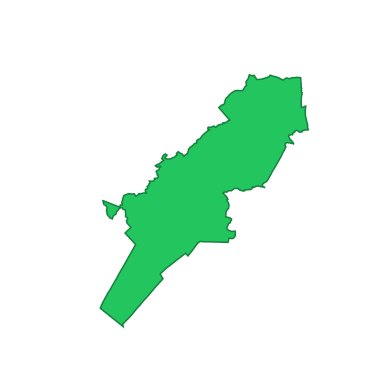 outline of Tamboesti, Vrancea, Romania, rotated 117°
{"feature_id": "2599482B45059786841433", "entity_name": "Tamboesti", "entity_type": "district", "adm_level": 2, "iso_a3": "ROU", "parent_name": "Romania", "parent_adm1": "Vrancea", "projection": "orthographic", "projection_center": [27.032, 45.517], "detail": "fine", "context": "isolated", "style": "filled", "palette": "green", "viewbox_px": 384, "rotation_deg": 117, "n_neighbors": 0, "source": "geoboundaries", "source_scale": "gbopen_adm2", "svg_char_len": 5999}
<svg xmlns="http://www.w3.org/2000/svg" viewBox="0 0 384 384"><g transform="rotate(117 192 192)"><path d="M343.2,192.2L341.3,193.8L339.8,193.2L339.1,193.1L331.3,190.6L328.1,189.8L319.2,187.9L316.9,187.1L310.5,185.7L302.9,183.6L294.4,181.7L283.1,178.6L282.4,178.5L279.5,183.2L270.3,179.8L267.7,178.3L265.9,177.6L259.5,174.7L249.5,169.9L250.7,166.9L250.8,166.6L250.7,166.5L248.5,166.1L244.7,165.3L235.0,163.7L232.6,162.4L232.2,162.2L231.6,160.3L230.3,157.5L228.2,153.3L220.5,137.0L216.3,138.1L216.1,137.8L215.8,136.2L215.2,134.9L214.8,134.5L213.4,133.7L212.6,133.8L211.3,133.6L208.2,135.1L207.2,135.8L208.4,137.7L208.9,138.0L209.2,139.2L209.5,142.5L209.3,143.3L208.5,144.5L207.7,144.8L203.7,145.0L203.2,144.9L202.3,144.1L202.0,144.0L200.1,144.4L199.5,144.1L199.0,144.1L198.1,144.5L197.9,146.2L197.9,146.8L198.8,151.0L196.4,151.6L195.2,152.4L192.1,152.7L191.6,152.3L190.6,152.4L190.3,152.2L189.9,152.0L186.6,153.2L185.2,154.6L183.8,156.6L183.1,157.4L182.3,156.7L181.0,158.2L180.2,160.0L180.4,160.0L179.0,163.0L178.9,163.9L177.8,163.4L177.2,162.9L176.8,162.3L176.5,161.7L176.4,160.9L174.5,160.2L174.1,159.7L173.2,157.7L172.5,157.2L170.1,156.2L169.2,155.1L168.6,153.8L167.8,152.5L168.5,151.6L168.6,151.0L168.2,147.9L167.7,146.4L167.0,145.7L166.5,146.2L166.2,145.8L164.4,142.9L163.8,142.0L163.2,140.8L161.8,140.1L161.1,140.1L160.4,140.4L160.0,140.3L159.9,140.1L159.8,139.2L159.5,138.5L158.4,138.2L157.9,137.4L156.9,136.4L156.5,135.3L156.1,133.4L155.2,130.9L155.1,129.4L154.9,129.5L154.9,131.4L154.1,132.3L153.3,132.6L151.6,132.2L149.6,130.8L148.4,130.3L147.2,130.0L140.6,129.7L136.0,129.7L133.5,129.4L119.6,128.7L118.6,128.7L116.4,129.0L113.1,128.7L110.1,128.8L109.1,128.8L108.0,130.3L107.4,130.8L106.2,130.7L105.2,130.2L104.7,129.5L104.4,128.1L103.7,127.1L103.7,125.7L103.2,124.8L103.0,124.0L103.1,123.4L102.8,123.4L102.5,123.7L101.9,124.8L101.7,125.8L101.0,126.5L100.8,126.8L101.0,127.3L100.9,127.8L100.8,128.3L100.0,129.1L99.3,130.2L98.9,130.7L97.9,131.5L97.2,131.5L96.9,130.6L96.0,129.7L95.5,129.1L95.4,128.5L93.7,128.7L92.2,127.8L91.6,127.6L90.9,127.7L90.6,127.6L89.9,127.2L89.5,126.6L89.8,123.1L89.6,122.8L88.3,121.2L87.4,121.5L87.2,121.3L86.3,120.4L84.8,118.4L84.3,117.3L83.8,116.6L82.3,118.1L78.9,120.0L77.4,121.6L75.9,122.7L72.9,125.3L68.5,127.9L63.8,129.6L64.2,130.2L65.0,130.4L65.3,131.0L65.9,131.2L66.5,132.2L66.8,132.8L66.3,133.4L65.3,133.8L64.8,134.3L64.2,134.5L63.0,135.2L62.3,135.3L61.1,136.2L58.2,137.5L55.6,138.3L54.9,138.3L54.3,138.8L53.5,138.9L53.4,139.1L53.4,139.3L53.4,139.7L53.1,140.1L52.7,140.1L52.1,140.5L51.6,140.5L51.3,140.9L51.0,141.1L50.3,141.3L49.6,141.4L49.3,142.3L48.9,142.5L48.5,142.5L48.2,142.7L47.7,143.0L46.2,143.8L40.8,147.1L42.2,150.5L43.7,152.8L44.6,154.5L45.2,155.2L46.5,156.3L46.9,156.8L47.2,159.0L47.4,159.4L48.2,160.2L50.7,161.4L50.9,161.7L51.0,163.0L50.9,166.4L51.0,168.0L52.0,172.5L52.4,175.3L52.7,175.6L54.2,175.7L55.2,176.5L57.0,178.2L60.4,181.9L60.7,182.3L61.5,183.9L61.9,184.4L62.1,184.7L62.3,185.1L62.3,185.5L62.1,185.9L61.3,187.0L61.1,188.1L60.2,188.6L60.0,189.0L59.9,189.4L60.0,190.1L60.5,190.5L60.9,190.5L61.1,190.8L61.3,192.0L61.4,194.1L65.8,193.4L68.9,194.0L70.5,193.3L72.1,191.8L74.2,192.6L78.8,192.9L80.1,195.9L80.9,197.5L82.2,199.6L84.8,201.2L87.8,202.7L90.7,203.3L92.6,204.1L94.6,204.2L96.2,203.9L97.2,203.4L97.7,203.3L99.9,203.6L100.8,204.8L102.7,205.8L104.6,206.5L110.9,191.0L112.4,192.3L113.4,192.7L115.7,194.1L115.6,194.7L116.4,195.9L117.2,195.6L117.8,195.7L118.4,196.8L119.1,197.4L119.7,198.4L120.3,198.9L123.5,200.3L123.7,200.6L123.8,201.1L123.2,202.3L125.1,204.2L126.1,204.8L126.3,205.7L126.7,206.7L127.0,207.0L127.6,207.0L128.5,206.6L128.8,204.7L129.1,204.9L129.1,205.3L129.2,205.7L130.5,205.8L133.7,207.2L137.3,208.5L139.4,208.8L140.0,208.6L140.8,209.0L141.9,209.8L142.3,210.4L144.4,211.1L146.1,210.1L147.6,211.6L148.8,212.2L149.8,212.3L151.4,213.0L152.3,213.5L152.8,213.9L155.5,214.4L157.2,213.9L158.7,213.8L159.6,213.3L162.3,214.9L163.8,215.4L162.9,217.2L162.6,218.1L162.6,219.6L162.8,220.1L162.3,222.6L164.7,223.4L165.0,223.3L165.5,222.2L166.1,222.3L167.4,223.0L169.2,223.7L170.8,225.1L171.6,225.7L172.3,226.4L173.7,228.5L174.2,230.6L174.2,231.3L173.9,231.7L173.6,231.7L171.6,231.0L170.5,231.0L170.7,231.4L170.6,231.8L170.1,232.8L170.2,233.1L170.9,233.5L172.6,234.3L176.1,234.1L176.0,233.7L176.8,231.5L179.4,233.1L181.8,234.0L183.3,235.5L185.3,236.5L185.4,235.9L185.7,234.5L185.6,234.0L184.3,233.2L183.6,232.0L183.5,231.5L183.7,231.4L183.9,231.6L185.0,232.0L186.3,231.7L187.0,231.7L189.7,233.3L190.1,233.2L190.3,233.0L190.7,232.2L192.7,230.6L192.7,230.4L192.4,230.1L193.7,228.9L195.4,229.3L195.9,230.0L196.2,230.7L197.0,231.6L197.6,230.8L199.5,231.4L200.4,232.1L201.5,234.7L201.6,235.0L202.8,233.7L203.4,233.7L204.6,234.1L204.7,233.8L205.8,233.4L206.9,234.1L207.1,234.6L207.5,234.5L208.4,233.5L209.2,233.4L210.4,234.3L211.0,234.5L211.4,234.5L212.5,233.9L213.5,232.2L214.6,234.2L215.8,235.9L216.6,236.5L217.4,238.0L217.6,238.7L219.0,238.7L220.6,239.7L221.2,240.4L219.8,242.5L219.9,242.9L221.1,244.6L221.4,245.3L221.8,246.7L222.1,247.3L223.2,248.7L226.0,251.1L226.4,251.2L233.7,249.7L233.9,248.8L234.7,248.3L235.1,248.2L235.5,248.4L235.9,249.8L236.1,250.0L236.4,250.0L237.3,249.7L238.1,249.8L238.2,250.0L238.5,251.3L240.0,266.5L240.2,267.4L243.0,265.0L243.2,264.4L243.0,263.0L243.3,262.4L243.8,261.8L244.0,261.0L244.2,260.8L246.2,260.0L247.4,259.8L247.8,259.6L248.8,258.2L249.9,258.0L250.2,257.7L250.5,257.3L250.9,256.4L251.6,255.2L252.4,252.9L252.4,252.6L252.1,250.7L250.0,251.2L249.4,251.2L247.8,250.6L246.1,249.7L243.4,250.2L241.9,249.5L240.6,249.5L239.5,249.2L238.3,248.3L237.8,247.0L238.6,245.9L238.5,243.8L238.3,243.2L243.0,240.4L243.7,240.4L244.2,239.6L244.5,237.9L245.0,237.2L245.6,237.1L247.2,237.4L247.6,237.3L248.2,236.5L249.0,236.0L249.2,235.8L251.3,230.4L259.0,233.0L261.7,225.5L264.4,218.4L289.4,219.4L297.4,219.9L303.7,220.0L305.8,220.2L312.9,220.5L318.0,220.8L319.5,221.1L321.9,221.2L322.4,221.1L331.2,221.4L336.7,221.0L336.8,220.5L337.3,220.7L343.2,192.2Z" fill="#22c55e" stroke="#15803d" stroke-width="1.5"/></g></svg>